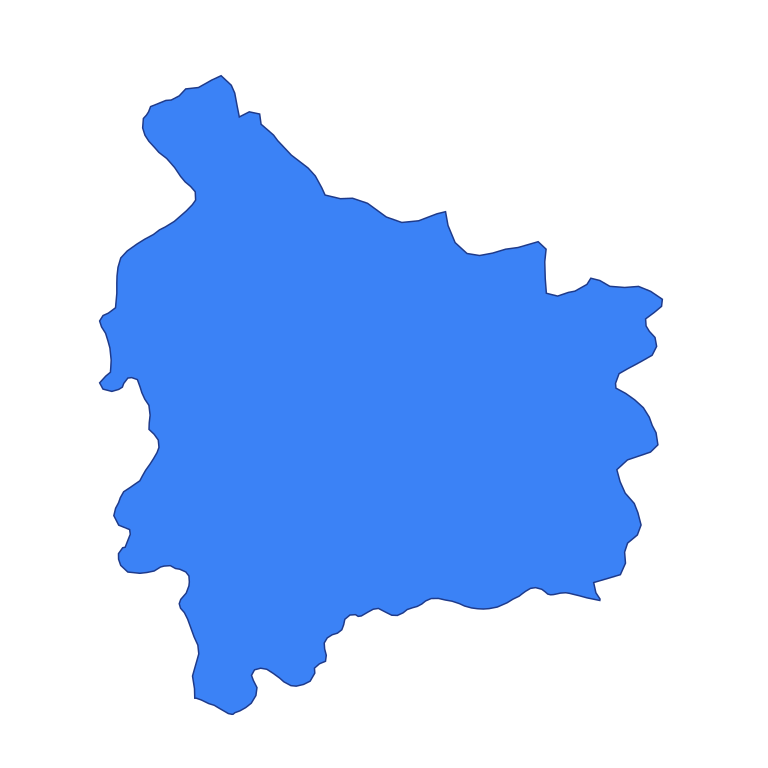 the district of Mstsislaw, Mogilev, Belarus, rotated 356°
{"feature_id": "67162791B4778855273895", "entity_name": "Mstsislaw", "entity_type": "district", "adm_level": 2, "iso_a3": "BLR", "parent_name": "Belarus", "parent_adm1": "Mogilev", "projection": "albers", "projection_center": [31.478, 54.024], "detail": "fine", "context": "isolated", "style": "filled", "palette": "blue", "viewbox_px": 768, "rotation_deg": 356, "n_neighbors": 0, "source": "geoboundaries", "source_scale": "gbopen_adm2", "svg_char_len": 3662}
<svg xmlns="http://www.w3.org/2000/svg" viewBox="0 0 768 768"><g transform="rotate(356 384 384)"><path d="M584.2,615.0L584.5,613.6L580.8,607.0L579.3,596.7L606.5,590.7L612.4,579.6L612.3,568.5L615.9,559.7L626.2,552.3L630.6,542.6L628.3,530.1L625.3,520.6L617.0,509.7L612.7,497.9L610.3,485.7L621.6,476.7L645.1,470.5L653.0,463.8L652.0,451.6L648.7,444.1L646.3,435.6L641.1,425.8L633.0,417.3L624.5,410.3L615.1,404.3L615.0,399.5L619.2,390.1L628.1,385.8L641.7,379.7L653.5,374.0L658.6,365.5L657.6,356.5L652.4,350.0L649.5,344.4L649.5,337.3L658.4,331.6L666.3,325.9L667.6,318.9L656.5,310.2L644.7,304.4L630.8,304.5L616.1,302.3L606.5,295.8L597.7,292.9L593.4,298.8L580.9,304.7L574.3,305.5L563.3,308.4L552.3,304.8L552.2,290.1L552.9,273.3L555.1,260.8L547.7,252.8L527.2,257.2L514.7,258.0L501.5,261.0L488.3,262.5L475.9,259.6L464.8,247.9L458.9,230.3L457.4,216.4L448.7,217.9L429.9,223.6L413.0,224.1L398.0,217.6L380.2,202.6L365.6,196.5L353.4,196.1L338.4,191.4L335.6,183.9L330.0,171.7L323.4,163.3L307.5,149.2L294.9,133.8L291.2,128.0L279.5,116.3L278.8,106.0L268.6,103.1L258.3,107.5L256.9,96.5L255.4,83.4L252.5,75.3L243.0,65.1L233.5,68.7L219.6,75.3L206.8,75.8L199.8,82.3L191.5,85.9L186.2,85.9L170.5,91.0L168.1,96.1L165.8,99.2L162.5,102.3L161.1,111.7L162.9,119.2L166.4,125.5L171.6,132.0L175.6,137.3L182.9,143.8L190.2,153.4L195.6,162.8L199.8,168.6L204.9,173.5L209.1,179.1L208.9,187.4L205.3,191.8L201.5,195.2L198.8,197.6L192.6,202.3L186.1,207.2L176.7,212.1L170.9,214.5L164.4,218.8L155.5,222.8L147.2,227.2L137.1,233.4L130.2,239.9L126.8,249.0L125.2,257.7L124.5,264.9L123.8,274.9L121.5,289.2L113.9,294.1L108.5,296.1L104.7,301.3L106.2,307.3L109.8,314.0L111.6,321.6L113.1,329.0L113.5,341.1L112.6,348.5L111.9,353.2L107.0,356.7L100.4,363.0L103.3,369.5L112.0,372.4L119.0,370.9L122.8,368.9L124.4,365.3L128.9,360.2L132.7,360.0L138.3,362.4L140.5,370.1L141.8,375.7L144.3,382.4L148.0,388.9L148.5,398.8L147.1,406.4L146.4,412.9L151.1,418.0L154.9,424.1L155.1,431.5L152.8,436.6L148.8,442.5L145.0,447.6L140.2,453.4L136.6,458.8L133.7,463.5L128.1,466.8L123.6,469.5L116.8,473.3L113.0,479.1L111.0,483.8L107.6,489.2L105.3,496.5L109.5,506.3L114.0,508.5L120.1,511.5L120.4,516.2L117.9,521.4L114.4,528.8L111.9,529.1L107.3,534.7L107.0,540.3L108.7,546.6L115.3,553.7L127.3,555.8L134.3,555.5L141.7,554.5L148.3,551.0L151.9,550.3L158.2,550.3L163.1,553.5L167.3,554.5L173.2,557.7L176.0,561.9L176.0,567.9L175.3,571.8L172.1,578.8L169.3,581.6L166.2,584.7L164.4,588.9L165.4,593.5L168.9,598.1L171.7,604.8L174.2,613.5L176.9,623.0L180.1,631.5L180.4,640.3L177.9,647.3L175.1,655.0L172.6,662.0L173.7,674.7L173.3,684.2L174.9,684.4L179.6,686.4L186.9,690.6L192.1,692.6L197.6,696.4L203.1,700.1L205.7,701.9L209.3,702.9L210.4,702.9L212.3,701.5L217.5,700.0L223.4,697.2L229.3,693.2L234.5,685.8L236.1,678.0L233.0,670.6L231.5,665.4L234.9,660.1L241.1,658.9L247.2,660.4L253.1,664.8L259.3,670.0L263.3,674.1L270.1,678.4L275.4,679.3L282.8,678.1L289.6,675.3L294.8,667.6L294.8,662.6L300.1,658.6L306.3,656.5L307.5,650.6L306.3,644.1L306.3,638.2L309.7,633.3L314.9,630.5L320.2,629.3L324.8,626.2L327.0,621.3L328.5,616.0L331.0,614.2L333.9,612.1L339.5,612.1L342.0,614.0L345.2,613.8L352.3,610.3L357.6,607.9L362.8,607.5L370.5,612.2L375.6,615.2L381.2,615.8L387.1,613.6L391.4,610.6L396.8,609.2L401.7,608.2L406.4,606.1L410.4,603.3L416.1,601.3L423.4,601.7L429.9,603.7L436.7,605.4L444.0,608.4L448.9,611.1L455.7,613.5L461.6,614.7L467.3,615.4L473.2,615.4L481.5,614.4L491.6,610.8L497.7,607.6L504.0,605.1L506.6,603.3L510.7,600.7L515.9,598.1L521.0,597.7L527.1,599.8L530.1,602.4L532.7,605.0L535.5,605.9L538.4,605.9L542.8,605.3L545.3,604.9L550.7,604.9L554.2,605.7L558.2,607.0L563.9,608.8L571.6,611.5L584.2,615.0Z" fill="#3b82f6" stroke="#1e3a8a" stroke-width="1.5"/></g></svg>